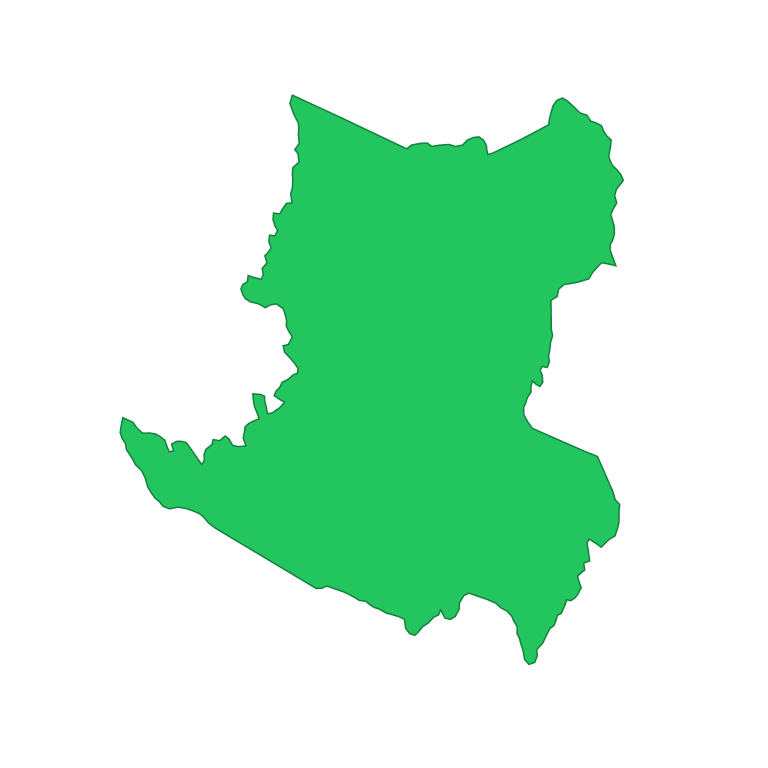 the district of Imbituva, Paraná, Brazil, rotated 171°
{"feature_id": "56859067B92687138027542", "entity_name": "Imbituva", "entity_type": "district", "adm_level": 2, "iso_a3": "BRA", "parent_name": "Brazil", "parent_adm1": "Paraná", "projection": "albers", "projection_center": [-50.641, -25.225], "detail": "fine", "context": "isolated", "style": "filled", "palette": "green", "viewbox_px": 768, "rotation_deg": 171, "n_neighbors": 0, "source": "geoboundaries", "source_scale": "gbopen_adm2", "svg_char_len": 3909}
<svg xmlns="http://www.w3.org/2000/svg" viewBox="0 0 768 768"><g transform="rotate(171 384 384)"><path d="M480.7,522.0L486.2,517.2L486.1,511.4L488.7,506.6L496.5,509.9L501.2,512.4L502.9,506.4L507.9,504.4L510.4,500.3L509.5,494.5L507.4,489.7L502.7,485.8L496.5,483.4L492.9,481.0L489.3,477.9L484.0,479.9L477.8,480.0L471.7,474.1L470.7,467.6L470.3,461.7L471.5,456.5L469.6,450.4L467.2,444.9L472.4,437.9L477.7,437.6L477.2,431.0L473.6,425.7L469.2,418.7L466.5,412.9L467.8,408.1L472.2,407.3L477.6,403.8L484.5,401.5L487.2,397.3L491.6,394.0L494.3,389.7L489.1,384.8L485.0,381.6L490.1,377.2L495.2,374.8L499.3,372.8L503.7,372.9L503.9,380.2L504.5,385.7L503.9,390.6L507.5,393.0L515.1,394.8L515.5,388.8L515.5,382.1L514.0,375.8L512.8,369.1L518.3,367.9L523.9,366.1L528.0,363.3L529.2,358.8L531.5,352.7L530.1,344.4L537.6,344.9L543.1,347.0L545.6,353.8L549.0,357.5L555.2,353.7L561.4,355.8L563.4,351.2L570.3,347.2L572.8,342.4L573.4,336.6L576.6,332.9L584.3,348.8L588.5,357.1L593.2,359.1L597.8,359.8L603.3,357.8L602.2,351.0L606.7,350.5L608.1,356.1L609.2,362.6L613.3,367.1L617.4,370.4L622.9,372.2L630.1,373.2L634.9,379.1L637.9,385.4L642.0,388.1L647.2,391.7L649.5,385.6L652.2,377.4L651.1,371.0L648.6,365.5L648.7,359.7L644.1,349.1L641.9,342.8L637.1,336.7L634.5,328.2L633.4,319.0L630.9,313.0L628.2,307.5L624.3,302.9L621.3,297.7L615.2,294.2L606.8,294.6L599.3,292.1L594.2,289.5L586.5,284.8L583.3,281.3L579.0,274.1L573.5,268.3L499.9,206.8L483.0,192.7L477.4,192.0L472.1,193.4L464.3,189.2L456.8,185.2L452.0,182.1L446.7,177.9L442.2,174.1L436.0,172.3L432.6,168.3L428.9,165.0L424.1,162.5L417.6,157.4L411.3,154.6L406.1,152.1L400.5,148.3L400.9,139.5L397.7,133.4L392.9,131.0L389.0,133.5L383.9,138.2L377.6,141.1L371.4,145.9L366.2,147.4L363.5,152.1L360.3,143.2L355.1,141.1L350.0,143.2L345.0,149.8L343.7,156.1L338.3,162.5L332.9,164.2L315.8,155.1L308.0,150.1L303.7,144.8L298.0,140.5L294.1,134.5L292.9,129.5L290.4,123.4L291.6,116.8L290.0,111.3L289.5,105.8L288.6,101.0L288.3,96.2L288.2,89.8L284.7,84.4L278.7,85.4L275.1,91.7L274.7,97.7L267.8,103.2L263.1,110.1L258.5,116.4L253.9,118.9L250.7,124.2L249.0,128.4L244.8,129.7L240.0,137.0L237.3,142.3L233.4,140.8L228.8,142.9L225.6,145.9L221.1,151.9L222.2,157.7L222.9,164.0L218.6,166.8L214.8,168.8L214.8,175.9L208.5,177.1L208.3,187.5L208.4,194.7L205.8,198.9L199.5,193.3L195.0,188.8L188.9,193.3L184.8,195.8L179.6,197.8L175.8,205.1L173.6,210.5L172.5,217.0L171.7,222.0L170.0,228.1L173.7,233.5L174.7,241.7L184.5,279.0L198.9,287.7L244.3,316.9L247.8,323.7L250.7,331.7L249.7,339.1L247.2,342.9L244.8,347.7L240.0,353.2L239.3,358.3L236.9,363.9L234.2,360.2L230.5,357.2L227.0,360.7L226.3,367.9L227.6,373.1L225.0,376.6L220.2,374.7L217.3,379.9L217.0,386.0L214.9,391.8L212.9,399.3L209.9,405.4L210.2,411.7L206.0,440.5L199.2,443.4L196.5,450.5L190.3,454.2L183.9,454.0L176.2,454.3L171.1,455.0L165.3,455.8L160.2,461.9L155.3,465.8L150.2,469.7L144.8,467.9L136.5,464.5L138.8,476.0L139.7,481.3L138.7,486.4L135.8,489.9L132.9,496.4L131.9,503.7L133.5,515.8L130.5,520.6L125.8,526.4L126.7,534.0L124.1,539.8L115.8,547.6L117.1,553.3L119.8,558.3L124.2,564.2L125.6,568.7L126.5,573.7L123.0,583.3L121.5,589.7L125.1,593.9L127.6,599.7L128.8,605.1L133.3,608.5L138.7,611.3L141.6,617.8L147.9,621.0L152.0,626.4L158.4,634.7L163.0,638.5L168.7,637.2L173.4,632.6L176.4,626.3L178.9,620.5L180.9,614.2L211.7,603.7L240.6,595.0L245.5,594.3L245.8,599.2L245.6,603.9L247.6,609.4L251.5,613.2L256.7,613.5L263.5,611.9L269.0,607.7L276.3,607.4L282.2,610.4L291.8,611.2L299.6,611.2L303.6,615.2L308.9,615.9L314.1,615.9L319.5,615.7L324.8,612.7L381.3,651.4L429.3,683.6L433.1,675.7L430.6,663.5L427.9,655.8L427.9,651.0L429.5,644.2L430.1,634.9L435.4,629.4L433.0,625.2L433.1,616.7L440.2,611.9L441.6,606.1L442.0,600.9L443.6,592.6L446.4,586.3L446.6,577.4L452.2,577.6L457.0,572.6L460.3,568.3L466.4,570.1L467.9,563.6L466.9,557.0L465.0,552.4L468.7,547.4L473.7,548.9L475.5,542.7L474.2,536.1L478.0,532.0L481.6,529.3L480.7,522.0Z" fill="#22c55e" stroke="#15803d" stroke-width="1.5"/></g></svg>